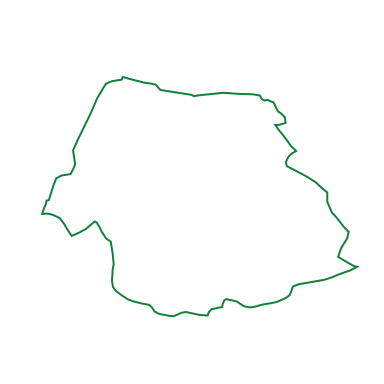 Duhok, Dihok, Iraq, rotated 171°
{"feature_id": "34846034B6031553398703", "entity_name": "Duhok", "entity_type": "district", "adm_level": 2, "iso_a3": "IRQ", "parent_name": "Iraq", "parent_adm1": "Dihok", "projection": "robinson", "projection_center": [43.064, 36.944], "detail": "fine", "context": "isolated", "style": "outline", "palette": "green", "viewbox_px": 384, "rotation_deg": 171, "n_neighbors": 0, "source": "geoboundaries", "source_scale": "gbopen_adm2", "svg_char_len": 2012}
<svg xmlns="http://www.w3.org/2000/svg" viewBox="0 0 384 384"><g transform="rotate(171 192 192)"><path d="M196.0,67.6L193.9,71.0L192.1,72.3L191.1,73.2L188.6,73.2L184.0,73.6L180.2,73.6L179.5,76.1L177.0,80.0L174.9,80.8L165.1,77.0L159.1,71.5L156.6,70.2L152.4,68.9L147.5,68.9L140.1,69.8L131.3,69.8L125.0,70.2L115.9,72.7L111.6,74.9L109.5,78.3L107.1,82.9L101.1,84.2L75.1,84.6L66.6,85.9L61.7,87.2L58.3,87.9L58.2,87.9L55.4,88.5L48.4,89.7L40.6,92.3L43.8,93.6L49.1,97.8L57.8,105.0L53.3,113.5L45.9,122.0L43.4,128.4L44.1,128.8L47.3,133.5L53.2,144.1L57.1,150.0L58.5,155.6L59.9,161.1L58.5,170.4L63.8,176.4L68.0,181.9L73.6,187.0L78.2,190.8L94.3,202.7L94.7,206.5L92.6,209.9L90.8,212.0L87.7,214.2L82.7,216.3L87.0,221.8L91.9,231.6L96.8,240.1L99.2,245.0L99.3,245.2L98.0,245.0L96.0,244.8L95.4,244.7L94.8,244.8L88.7,245.6L88.7,251.5L92.2,256.2L94.3,257.9L95.7,261.7L96.4,264.5L96.8,266.0L97.8,268.1L99.9,269.0L102.8,271.1L104.0,271.1L105.1,271.1L106.3,271.1L107.7,272.3L109.1,274.0L109.8,276.6L113.3,277.9L117.2,279.1L129.1,281.3L145.7,285.1L169.6,286.4L170.8,286.4L174.0,286.4L175.2,286.4L177.4,288.1L186.5,291.0L203.8,296.6L207.3,297.8L209.0,300.4L211.1,303.8L215.7,305.5L221.4,307.2L233.3,312.3L242.4,316.4L243.8,314.0L253.5,314.0L260.1,312.4L265.0,306.6L271.2,299.1L279.6,285.8L296.8,261.2L303.0,251.6L303.0,237.8L305.6,233.5L309.1,228.7L318.4,228.7L324.1,226.6L328.1,219.6L334.7,206.3L336.9,206.3L338.5,202.3L340.6,199.3L343.4,193.8L338.8,193.4L333.9,191.7L331.8,190.4L329.3,188.7L326.8,187.0L323.3,180.6L320.5,173.4L317.7,167.5L312.8,168.7L309.6,169.6L302.6,172.1L292.7,178.1L291.0,176.8L288.8,171.7L287.1,166.2L285.7,163.2L284.3,159.8L280.0,155.6L280.0,150.9L280.0,147.5L280.0,143.2L280.4,138.1L280.4,136.0L280.7,132.6L282.5,128.0L283.5,122.9L284.9,117.3L284.9,110.5L282.8,106.3L278.2,101.6L272.3,96.1L268.1,93.6L257.9,89.3L251.9,87.2L249.8,84.6L247.7,80.0L244.1,77.0L240.6,75.7L233.6,73.2L229.7,72.3L227.3,72.7L220.9,74.4L216.7,74.4L207.9,71.0L203.4,69.3L196.0,67.6Z" fill="none" stroke="#15803d" stroke-width="2"/></g></svg>